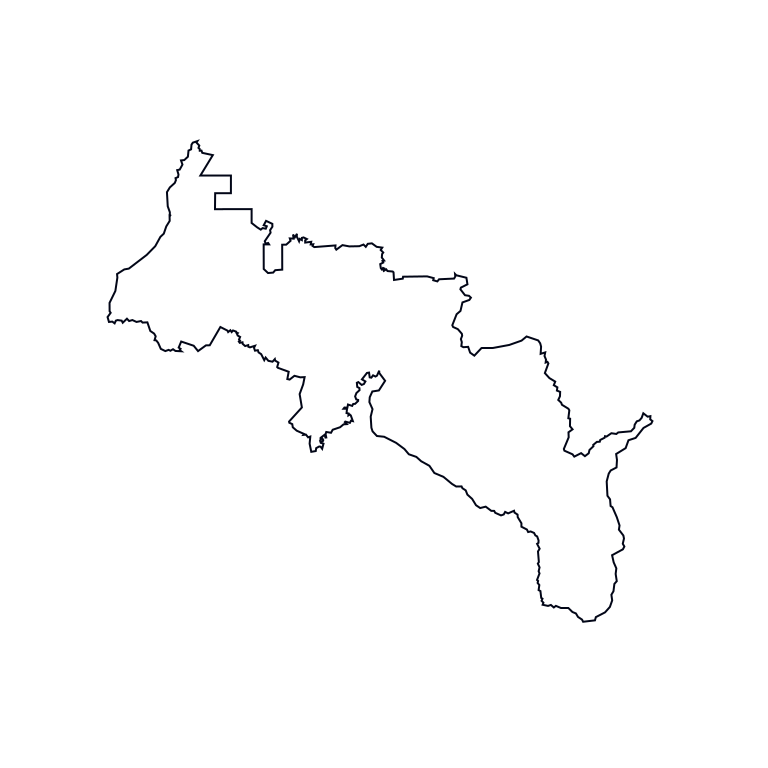 outline of Carterton District, Wellington, New Zealand, rotated 165°
{"feature_id": "76426892B89020441057678", "entity_name": "Carterton District", "entity_type": "district", "adm_level": 2, "iso_a3": "NZL", "parent_name": "New Zealand", "parent_adm1": "Wellington", "projection": "orthographic", "projection_center": [175.614, -41.054], "detail": "fine", "context": "isolated", "style": "outline", "palette": "ink", "viewbox_px": 768, "rotation_deg": 165, "n_neighbors": 0, "source": "geoboundaries", "source_scale": "gbopen_adm2", "svg_char_len": 6166}
<svg xmlns="http://www.w3.org/2000/svg" viewBox="0 0 768 768"><g transform="rotate(165 384 384)"><path d="M253.2,102.8L241.4,101.1L239.7,104.0L229.6,106.2L223.5,110.2L219.6,115.9L218.9,121.6L216.0,124.4L213.2,131.3L210.2,133.3L209.4,140.6L207.3,145.8L208.3,152.3L208.0,159.6L196.0,162.5L193.9,164.8L194.7,167.9L192.2,172.6L192.0,175.7L194.8,182.5L193.1,186.4L193.6,195.1L195.2,205.8L196.7,207.5L195.5,214.1L197.1,218.2L194.1,232.3L190.1,239.3L187.4,241.8L181.0,243.2L178.6,250.4L177.9,256.3L167.2,259.5L162.4,266.4L154.9,266.8L144.7,274.4L136.1,276.6L134.3,278.7L136.0,280.9L135.0,284.0L137.8,284.2L141.1,288.6L143.9,284.6L146.7,282.7L149.5,282.5L152.4,279.8L153.6,276.9L157.7,274.4L170.3,276.6L172.5,275.6L177.1,277.6L182.7,275.6L184.0,276.4L184.8,275.0L189.6,274.0L190.5,272.4L193.4,273.0L197.7,271.0L197.8,269.7L202.6,267.1L204.2,264.1L208.6,262.3L211.5,266.2L219.0,264.6L220.1,267.3L227.0,272.9L227.1,274.7L219.4,284.7L218.3,289.6L213.6,291.4L215.3,295.1L213.2,302.3L214.8,303.2L211.8,310.6L212.3,312.4L217.5,317.9L217.7,320.1L219.8,323.5L217.2,326.6L215.9,330.8L218.7,332.9L217.4,335.9L220.3,338.9L218.0,342.0L222.7,346.9L225.8,352.9L219.9,361.3L220.4,363.1L222.3,362.9L221.2,365.6L221.7,369.5L220.1,372.8L224.9,372.6L222.6,379.4L222.6,382.9L223.8,386.2L234.0,393.0L239.9,390.3L252.9,389.3L269.4,390.6L280.5,393.5L289.4,388.0L292.7,392.0L293.1,398.1L297.8,399.0L299.5,400.6L298.0,404.3L298.1,407.5L296.0,410.4L295.8,412.4L298.5,417.9L302.5,421.2L302.8,423.1L295.8,432.6L291.2,434.8L287.1,442.5L279.8,443.1L277.7,444.9L279.1,447.2L282.8,448.8L285.7,455.7L284.8,457.2L277.6,458.7L276.9,465.3L286.0,470.3L286.9,471.9L287.3,469.4L289.0,467.7L303.7,470.9L305.9,469.3L309.6,471.5L308.6,473.4L314.5,476.8L337.8,482.7L338.6,480.9L347.4,481.9L345.9,489.4L346.5,490.4L351.4,492.2L352.2,494.2L354.9,493.3L355.1,494.6L353.9,495.6L354.9,496.4L356.5,495.3L357.1,496.8L356.6,500.8L353.3,501.5L353.6,503.2L351.9,503.1L353.4,506.7L352.2,510.0L350.7,511.2L352.5,514.3L350.4,516.2L355.6,518.4L359.3,523.0L363.4,523.6L366.1,521.2L367.7,524.0L372.2,523.5L381.9,525.9L388.2,528.9L395.3,526.1L395.9,527.9L395.0,530.4L415.9,534.3L417.3,535.9L416.2,537.3L418.7,537.8L417.5,540.2L423.5,541.0L423.0,543.1L421.0,544.0L423.8,546.4L425.5,546.4L426.1,544.3L427.8,545.9L429.1,543.8L430.1,549.1L429.2,551.6L432.0,548.9L433.2,551.9L433.7,547.8L437.3,549.0L437.2,546.5L442.4,543.9L446.3,544.9L452.7,520.8L459.6,522.1L462.2,520.3L467.3,521.2L470.4,526.2L464.1,550.0L458.9,548.6L459.4,550.2L462.0,550.2L462.2,552.8L454.4,559.5L454.2,562.1L451.1,564.8L450.4,567.6L455.7,572.1L459.1,568.5L456.4,566.7L458.0,564.6L460.9,566.0L463.1,565.0L466.0,568.2L470.2,573.8L466.6,587.2L502.0,596.6L497.7,612.0L482.5,607.9L477.9,625.0L507.4,632.9L490.1,649.4L499.7,654.3L499.9,656.7L501.6,657.0L501.2,658.8L502.1,660.1L500.7,662.1L502.7,665.8L501.4,666.9L506.2,666.6L508.0,665.0L509.6,660.6L512.4,660.1L514.6,654.3L519.0,652.0L522.2,652.5L521.9,648.1L525.8,644.0L528.4,644.1L528.3,639.5L529.4,637.2L532.1,636.8L532.2,634.8L534.0,632.4L540.0,629.3L544.0,625.5L546.9,611.6L546.4,605.4L547.2,602.4L546.7,602.2L546.3,601.6L547.5,602.3L548.8,597.0L553.5,592.6L557.8,586.2L561.9,584.0L569.3,576.3L579.8,570.1L600.6,561.5L605.2,561.9L613.4,559.3L614.0,555.8L619.4,543.4L628.1,533.4L630.2,525.3L629.6,523.5L633.7,520.2L633.6,515.1L630.3,514.6L628.5,512.3L626.6,514.6L624.8,514.7L621.0,513.1L620.5,510.8L615.4,513.6L613.9,510.8L610.5,510.9L607.0,508.0L602.4,507.7L601.3,505.8L596.6,504.8L596.0,495.7L593.0,492.2L592.2,489.2L594.3,485.7L592.7,485.0L591.5,482.2L590.5,475.7L586.7,472.4L583.2,472.7L581.7,471.4L578.8,472.2L576.9,469.9L571.4,468.1L572.6,469.6L571.4,470.6L572.9,472.3L568.9,477.5L557.9,470.2L555.1,463.9L546.0,467.4L542.3,466.5L527.3,481.4L521.4,476.1L521.1,474.5L518.5,475.7L517.7,473.6L516.0,474.8L513.2,472.8L513.4,471.8L512.1,471.0L513.0,470.3L512.8,468.7L510.8,466.7L512.5,464.5L511.9,463.1L513.2,462.6L512.7,461.1L509.9,460.9L510.1,459.3L508.3,456.6L505.1,456.7L505.4,455.1L504.0,454.1L498.7,454.3L500.2,452.6L500.0,449.6L497.1,449.3L497.0,447.0L494.9,444.6L493.5,438.0L491.5,440.2L489.7,436.3L485.9,434.4L483.0,436.3L483.1,434.8L480.4,432.0L482.8,428.0L482.2,427.0L472.9,420.5L476.1,413.8L474.0,412.7L468.4,415.1L463.1,412.1L458.9,411.2L462.2,404.5L468.1,396.1L469.4,382.6L485.4,372.3L485.5,371.1L483.0,369.0L483.3,365.8L480.4,361.5L474.1,356.4L475.0,355.7L472.5,355.3L471.1,352.1L468.8,352.3L471.3,345.6L471.8,337.3L467.3,336.9L466.1,339.6L462.8,340.4L461.5,339.9L460.5,337.4L457.9,342.0L460.3,343.5L460.4,345.2L457.9,344.6L457.2,345.5L457.6,347.1L459.6,347.1L459.2,348.4L454.6,350.3L454.4,347.4L453.6,347.3L453.4,350.7L452.2,352.6L447.8,350.6L445.4,353.1L437.6,353.6L433.5,355.5L430.4,354.9L431.7,357.3L431.1,357.7L427.0,355.3L425.4,357.1L423.7,356.2L424.2,362.2L425.0,363.4L426.5,362.9L425.9,364.7L427.7,365.6L426.1,369.7L429.5,370.6L428.3,371.5L425.5,370.6L424.1,373.5L420.4,371.1L418.9,372.7L417.1,372.3L413.4,374.3L413.1,375.3L414.8,376.3L415.1,379.5L413.0,382.4L409.2,384.4L408.8,386.4L410.6,388.1L409.9,392.2L408.3,392.5L405.8,388.9L403.4,389.2L401.3,391.3L404.1,394.2L397.6,399.1L395.5,398.9L396.1,394.1L394.6,393.4L392.3,395.2L390.3,393.4L388.6,393.9L385.2,398.1L385.7,395.8L382.1,386.8L390.6,379.1L397.2,379.8L401.2,374.9L402.8,370.3L401.6,362.7L405.3,355.9L407.5,345.0L407.3,341.2L404.3,335.6L397.5,333.0L387.5,324.0L381.1,315.9L378.2,309.7L371.6,305.2L368.1,299.8L361.3,293.2L358.4,285.0L350.6,278.9L344.2,269.9L340.8,266.3L335.6,265.0L335.2,263.0L332.6,260.1L332.1,255.6L328.6,250.2L326.5,243.1L323.2,239.3L317.5,239.2L313.2,233.7L310.4,232.9L309.9,230.8L305.0,226.8L302.1,227.0L300.1,229.1L297.6,226.9L291.2,227.9L291.2,226.0L288.8,223.3L289.3,220.8L287.3,213.9L288.2,210.6L283.6,206.4L283.1,203.7L280.5,203.6L277.6,201.3L277.0,198.6L275.5,197.1L275.2,192.9L275.9,190.6L277.5,190.0L276.3,184.6L278.6,182.4L280.5,171.9L281.9,170.7L281.2,166.6L283.1,163.1L282.8,160.8L286.9,155.1L286.1,153.9L287.1,152.1L286.0,149.6L288.0,144.9L286.5,143.5L287.5,136.7L286.5,135.6L287.9,133.8L286.6,131.5L287.9,129.7L283.0,127.2L280.0,127.4L277.8,124.2L275.4,125.2L271.0,121.8L263.9,119.9L261.0,115.0L258.0,112.7L256.9,108.8L253.7,105.2L253.2,102.8Z" fill="none" stroke="#020617" stroke-width="2"/></g></svg>